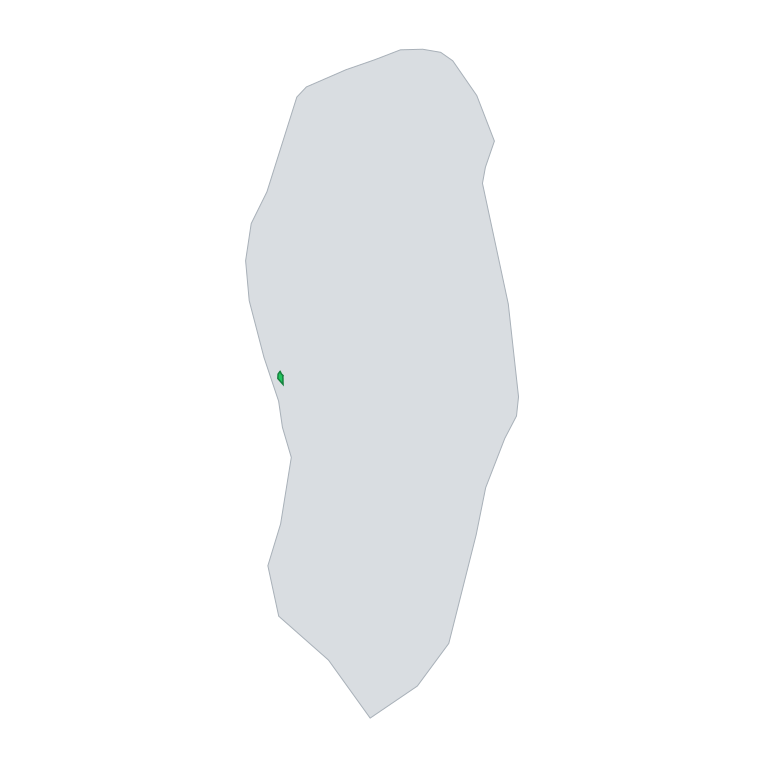 65, Ad Dawhah, Qatar (highlighted), rotated 178°
{"feature_id": "91078587B33803228876819", "entity_name": "65", "entity_type": "district", "adm_level": 2, "iso_a3": "QAT", "parent_name": "Qatar", "parent_adm1": "Ad Dawhah", "projection": "equal_earth", "projection_center": [51.508, 25.335], "detail": "fine", "context": "in_parent", "style": "filled", "palette": "green", "viewbox_px": 768, "rotation_deg": 178, "n_neighbors": 0, "source": "geoboundaries", "source_scale": "gbopen_adm2", "svg_char_len": 795}
<svg xmlns="http://www.w3.org/2000/svg" viewBox="0 0 768 768"><g transform="rotate(178 384 384)"><path d="M410.8,699.5L382.5,708.2L355.9,717.4L333.7,717.2L315.8,713.5L304.0,704.6L281.2,669.0L265.2,622.9L275.1,597.1L278.6,581.1L257.0,459.6L250.0,366.5L252.7,347.4L265.2,325.4L286.0,276.9L297.1,230.3L328.3,122.5L361.2,81.0L409.5,50.6L449.1,110.0L497.3,155.6L506.4,206.4L492.2,247.8L479.2,313.9L487.0,344.2L489.9,370.5L503.0,414.7L515.8,472.0L518.0,512.0L511.1,549.0L494.3,580.1L461.1,673.8L451.2,683.6L410.8,699.5Z" fill="#d9dde1" stroke="#a8b0b8" stroke-width="1"/><path d="M484.5,395.8L485.1,396.5L486.2,397.6L487.1,399.7L487.4,400.2L487.7,399.9L489.5,397.6L489.9,393.2L484.9,387.1L484.9,390.3L484.8,393.0L484.9,394.9L484.5,395.8Z" fill="#22c55e" stroke="#15803d" stroke-width="1.5"/></g></svg>